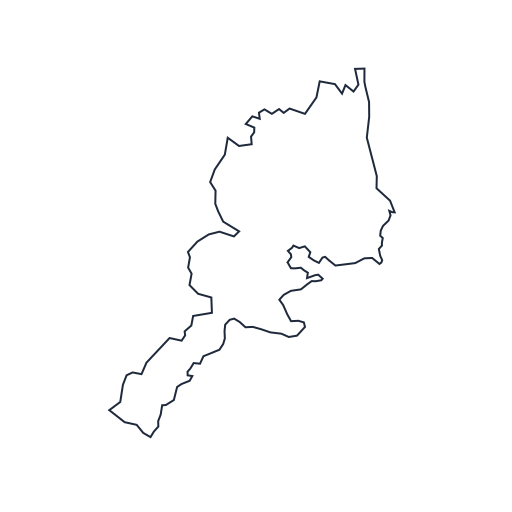 the district of Payarik, Samarkand, Uzbekistan, rotated 221°
{"feature_id": "79887680B84985398573177", "entity_name": "Payarik", "entity_type": "district", "adm_level": 2, "iso_a3": "UZB", "parent_name": "Uzbekistan", "parent_adm1": "Samarkand", "projection": "albers", "projection_center": [66.843, 40.084], "detail": "fine", "context": "isolated", "style": "outline", "palette": "slate", "viewbox_px": 512, "rotation_deg": 221, "n_neighbors": 0, "source": "geoboundaries", "source_scale": "gbopen_adm2", "svg_char_len": 2105}
<svg xmlns="http://www.w3.org/2000/svg" viewBox="0 0 512 512"><g transform="rotate(221 256 256)"><path d="M180.0,379.9L191.1,385.7L209.5,386.2L217.2,395.5L250.0,418.0L261.8,435.2L271.7,446.4L284.0,455.1L288.4,458.5L297.1,468.6L304.0,462.2L291.1,452.5L290.3,444.1L300.6,443.7L297.6,435.0L309.2,437.5L322.5,429.6L314.4,415.3L312.3,395.4L327.4,389.3L329.0,382.2L335.0,382.0L337.3,373.7L345.8,372.2L347.8,366.1L343.2,362.0L350.4,359.0L350.3,348.9L341.5,351.8L338.5,348.1L338.1,342.9L332.6,337.5L341.0,327.9L354.9,326.7L346.0,312.0L343.9,294.3L339.1,281.7L329.4,278.8L321.0,268.7L313.9,264.9L303.3,260.4L284.9,263.5L285.5,256.3L299.5,250.4L305.8,241.3L309.7,228.4L310.0,214.4L305.0,211.7L299.6,202.7L293.0,200.4L287.1,190.4L274.9,189.5L262.5,195.4L252.0,184.2L264.1,169.5L259.2,161.1L260.4,152.3L257.4,149.6L256.6,143.3L267.4,137.4L268.7,103.7L264.9,91.7L272.7,87.2L275.4,81.1L272.0,71.6L262.7,56.8L265.6,43.4L246.1,44.4L235.3,50.3L225.1,48.5L216.8,50.1L217.9,56.6L217.8,63.2L221.5,67.2L223.9,73.8L228.9,81.8L226.3,84.3L223.5,93.4L229.6,105.4L228.2,110.6L224.2,118.3L225.3,123.6L229.3,121.1L231.8,123.8L231.7,127.7L232.8,134.3L227.6,138.0L229.9,145.9L222.1,161.3L223.0,168.0L225.4,173.3L230.5,178.7L234.2,184.0L234.0,190.6L231.4,194.4L224.9,195.5L217.2,195.3L211.9,200.4L204.1,204.1L195.0,207.8L185.9,214.0L178.1,216.4L172.8,222.8L172.6,230.7L172.5,234.6L176.3,237.3L181.5,234.9L186.8,229.8L194.4,232.6L203.3,236.8L209.7,238.3L209.6,244.8L206.8,252.6L200.2,260.3L198.8,268.1L197.5,273.6L194.4,276.1L190.8,280.5L190.8,282.6L196.8,282.7L198.8,280.3L203.0,272.8L205.9,277.4L210.3,276.7L214.4,276.6L218.5,272.2L221.6,269.7L227.9,271.9L228.0,271.9L228.6,278.3L230.8,280.2L235.3,280.8L234.2,285.8L234.6,288.4L228.6,290.3L225.5,295.3L217.5,294.5L215.6,289.9L209.1,290.7L204.0,292.1L204.8,298.4L203.3,300.7L198.3,300.6L189.8,300.9L176.5,315.7L172.7,325.3L167.1,330.7L157.6,331.0L157.1,333.3L158.0,335.6L162.5,337.7L167.9,341.9L167.8,346.5L169.7,348.6L172.1,352.7L175.6,352.8L178.5,357.0L179.9,362.1L179.2,369.7L181.1,374.9L185.0,377.5L182.0,378.4L180.0,379.9Z" fill="none" stroke="#1e293b" stroke-width="2"/></g></svg>